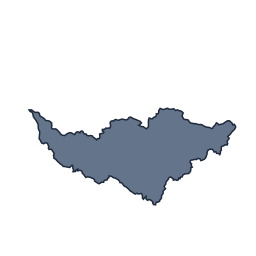 outline of Santa Maria do Suaçuí, Minas Gerais, Brazil, rotated 310°
{"feature_id": "56859067B88094460609616", "entity_name": "Santa Maria do Suaçuí", "entity_type": "district", "adm_level": 2, "iso_a3": "BRA", "parent_name": "Brazil", "parent_adm1": "Minas Gerais", "projection": "mercator", "projection_center": [-42.328, -18.209], "detail": "fine", "context": "isolated", "style": "filled", "palette": "slate", "viewbox_px": 256, "rotation_deg": 310, "n_neighbors": 0, "source": "geoboundaries", "source_scale": "gbopen_adm2", "svg_char_len": 4642}
<svg xmlns="http://www.w3.org/2000/svg" viewBox="0 0 256 256"><g transform="rotate(310 128 128)"><path d="M78.2,40.6L77.7,42.6L78.4,43.6L78.1,45.1L77.4,46.3L76.6,47.3L75.7,48.5L75.3,50.1L75.0,51.7L74.5,53.2L73.8,55.0L72.9,57.0L71.5,58.2L70.0,59.6L69.1,61.1L68.4,62.8L66.7,64.0L65.0,65.2L63.7,66.1L62.6,66.9L62.4,68.2L61.7,69.7L61.0,71.6L61.7,73.5L63.6,74.2L64.5,76.1L63.5,78.0L62.8,79.3L61.4,79.9L60.8,81.4L61.8,82.2L62.5,83.2L61.9,84.8L61.4,86.7L61.0,87.9L59.1,88.4L58.4,89.8L57.3,90.5L57.4,91.9L57.5,93.5L57.1,95.7L57.1,97.7L57.0,99.5L57.2,101.3L56.9,103.1L58.1,104.7L58.7,106.1L59.7,107.5L60.2,108.7L61.7,108.9L63.5,109.1L63.4,110.3L61.7,111.6L60.9,113.4L59.2,113.9L60.6,115.5L62.6,115.2L64.2,116.0L62.7,116.8L64.2,118.0L65.2,119.3L65.1,120.9L64.0,122.0L63.9,123.9L63.3,126.0L63.0,127.5L64.5,128.3L65.2,129.5L66.1,131.1L66.4,132.8L67.0,133.8L66.9,135.4L65.9,136.5L66.0,138.0L66.2,139.6L66.5,141.4L67.7,142.2L69.5,142.6L70.7,144.2L72.2,143.6L73.4,144.0L74.7,145.4L76.4,144.8L77.7,145.3L79.1,144.3L80.0,145.7L80.5,147.1L80.5,148.5L81.2,150.1L81.7,151.7L82.0,153.7L81.9,155.6L81.0,157.0L82.1,158.8L81.5,160.3L81.2,161.8L81.2,163.1L81.7,164.5L81.6,166.6L81.5,168.5L81.2,170.5L81.6,172.3L81.7,174.4L82.0,176.0L83.7,176.7L83.9,178.0L85.0,179.2L86.3,180.2L86.2,181.4L85.1,182.8L83.6,184.2L83.3,185.6L84.9,185.6L87.1,185.8L86.0,186.8L85.1,187.8L85.3,189.7L86.4,189.6L87.2,191.2L87.5,193.0L87.2,194.5L86.2,195.5L85.8,196.9L86.9,198.5L88.1,197.7L89.4,197.5L90.6,198.7L92.1,199.3L93.2,198.7L94.6,198.9L96.1,198.5L97.3,197.4L99.0,197.0L100.3,197.0L101.4,196.2L102.4,195.4L103.9,195.6L105.6,195.8L105.9,194.3L106.7,193.1L108.0,193.1L109.3,193.0L110.6,192.0L111.8,191.8L113.7,191.9L115.3,191.6L116.7,191.4L118.0,192.2L118.0,193.8L118.1,195.2L117.2,196.3L118.8,197.3L119.3,199.1L120.7,199.9L122.2,199.1L122.6,200.4L124.2,199.8L125.2,200.9L126.4,200.6L127.5,200.2L129.3,201.1L130.6,202.1L131.9,203.6L133.4,203.9L135.4,203.6L136.9,202.5L138.1,201.6L139.3,202.4L140.0,200.5L141.5,199.6L141.4,198.0L142.6,196.9L144.3,197.2L145.2,198.2L146.9,199.3L147.9,200.8L149.5,201.0L150.7,203.0L149.8,204.7L151.3,205.7L153.1,206.5L154.7,206.7L156.3,206.3L158.5,205.4L160.3,204.3L162.1,203.5L164.2,204.3L165.7,206.0L165.7,207.7L164.9,209.4L166.3,210.5L165.5,212.1L166.7,213.9L166.6,215.4L168.3,214.9L169.4,213.7L170.9,213.8L172.0,212.9L172.8,212.0L174.3,211.6L175.9,212.8L177.7,213.2L178.6,214.9L180.2,214.4L181.0,212.8L182.4,212.3L183.6,212.4L185.3,212.0L185.5,210.0L186.8,209.9L188.5,210.4L190.7,210.2L192.2,210.2L194.1,210.4L196.0,210.4L197.5,210.1L198.6,209.1L199.1,207.0L197.7,206.4L198.6,204.9L198.7,203.0L198.8,201.2L197.6,199.7L196.1,199.1L194.0,198.5L192.3,198.1L191.3,197.3L190.0,196.3L188.8,195.7L189.1,194.0L188.8,192.4L186.7,192.8L185.2,192.8L183.8,192.5L182.5,193.0L181.4,192.6L181.1,191.3L180.8,190.1L179.8,188.6L178.9,187.0L178.6,185.7L178.1,184.5L178.1,183.0L177.7,181.8L176.5,180.5L175.5,178.9L175.0,177.3L173.5,175.4L172.8,173.8L172.0,172.9L172.2,171.1L172.8,168.7L171.7,166.9L170.6,165.4L171.2,163.6L171.8,162.0L173.4,161.0L175.0,160.7L175.2,159.0L174.8,157.0L174.1,155.7L173.6,154.1L172.0,153.2L172.1,151.8L172.2,150.6L170.9,149.7L169.6,148.4L168.7,147.1L168.6,145.7L167.7,144.9L166.4,144.3L164.7,143.0L164.1,141.4L163.7,140.0L162.6,140.2L161.2,140.3L159.9,141.4L158.2,141.9L157.0,140.6L155.3,141.9L154.1,141.7L152.8,140.9L150.4,140.6L149.8,139.3L149.3,137.8L147.7,138.3L146.4,139.2L145.2,140.2L143.7,141.5L142.5,142.6L140.8,142.8L139.2,142.6L139.0,141.0L138.8,138.8L137.7,137.3L137.4,135.7L137.1,134.4L138.9,135.0L140.5,135.1L140.9,132.9L140.3,131.2L139.8,129.4L139.2,127.6L138.6,126.1L138.4,124.5L138.1,123.1L136.8,122.0L134.7,122.2L132.9,121.4L132.2,120.0L131.7,118.9L131.0,117.7L129.7,116.8L127.9,115.8L127.1,114.4L126.6,113.1L125.5,112.5L124.1,112.5L123.4,111.3L122.3,110.7L120.7,110.7L119.7,111.8L118.9,112.9L117.8,113.6L116.6,114.2L115.6,113.3L114.6,112.4L113.6,111.0L111.8,110.9L110.5,109.3L109.3,110.1L109.5,111.6L108.6,112.5L107.0,111.4L105.2,110.1L104.2,111.1L103.3,112.1L101.6,112.8L100.1,111.4L98.7,111.6L98.8,109.9L98.8,108.5L98.6,107.1L99.0,105.6L98.2,104.3L97.4,103.5L96.5,102.6L96.0,101.4L96.5,99.7L95.5,98.6L95.5,97.0L96.3,95.9L96.1,94.6L94.8,93.9L93.4,94.2L93.2,92.7L92.4,91.5L90.9,91.0L88.7,91.4L88.2,89.5L87.9,87.9L87.2,86.6L85.9,85.7L84.0,84.9L81.7,84.5L80.6,82.9L79.9,81.1L80.3,79.5L80.7,78.0L80.8,76.6L81.0,75.1L80.9,73.2L79.7,72.0L78.9,70.9L78.8,69.7L79.7,68.7L80.9,68.2L81.7,67.2L82.8,66.2L82.8,64.9L82.8,63.3L81.9,61.7L80.8,60.0L81.3,58.2L81.2,55.9L80.8,54.1L80.7,52.6L81.8,51.3L82.4,49.7L81.9,48.6L81.0,47.6L80.2,46.7L80.0,45.1L80.0,43.5L79.7,42.1L78.2,40.6Z" fill="#64748b" stroke="#1e293b" stroke-width="1.5"/></g></svg>